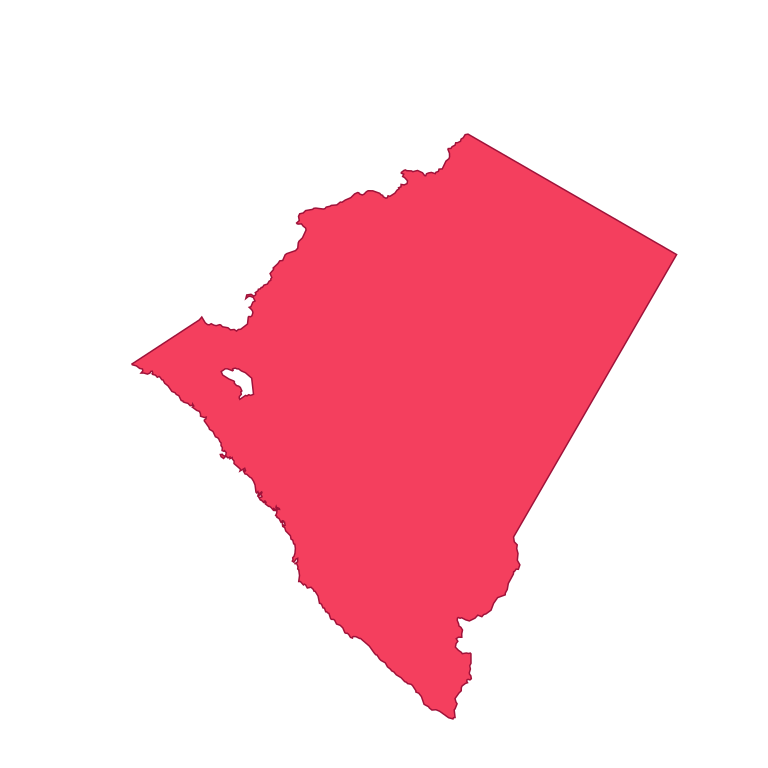 SVG path tracing the border of New South Wales, rotated 120°
{"feature_id": "AUS-2654", "entity_name": "New South Wales", "entity_type": "State", "adm_level": 1, "iso_a3": "AUS", "parent_name": "Australia", "parent_adm1": "", "projection": "mercator", "projection_center": [149.115, -32.83], "detail": "fine", "context": "isolated", "style": "filled", "palette": "rose", "viewbox_px": 768, "rotation_deg": 120, "n_neighbors": 0, "source": "natural_earth", "source_scale": "10m", "svg_char_len": 6160}
<svg xmlns="http://www.w3.org/2000/svg" viewBox="0 0 768 768"><g transform="rotate(120 384 384)"><path d="M637.3,155.7L638.3,157.0L639.6,156.8L640.7,161.2L639.6,172.2L640.1,176.1L642.4,179.5L641.9,182.7L641.2,184.1L641.4,189.1L636.0,195.3L634.4,199.3L634.8,202.4L633.7,203.0L630.9,208.5L630.5,210.4L631.7,213.9L631.1,215.2L631.4,217.3L629.8,222.3L629.7,228.0L628.4,231.5L628.6,234.1L627.8,235.6L627.2,239.6L624.8,243.5L624.9,248.4L624.3,250.6L622.2,254.5L622.6,255.8L622.0,257.6L618.3,265.7L616.1,277.1L616.6,277.9L616.8,281.9L618.0,284.2L618.8,284.7L619.8,284.3L620.2,286.3L618.5,289.4L618.2,291.2L618.9,292.2L619.0,293.5L615.8,297.7L614.9,301.3L615.6,305.1L613.2,308.7L613.1,309.9L614.1,311.9L613.9,312.9L610.2,317.0L610.4,318.5L609.9,319.7L610.4,320.6L607.9,323.5L608.4,324.9L606.1,327.8L605.8,329.4L606.2,330.2L600.6,335.1L598.0,339.9L598.4,341.2L597.3,342.4L596.5,345.6L599.0,348.4L597.2,351.4L597.2,352.9L598.3,353.3L596.9,357.6L597.7,359.1L592.1,361.4L587.7,364.8L587.3,366.3L585.3,367.1L583.5,369.4L583.3,370.2L584.6,371.5L581.2,369.9L578.1,371.6L579.4,372.6L583.4,372.9L583.2,374.9L581.8,374.9L580.1,376.2L578.1,375.8L575.0,376.5L570.6,378.6L567.4,381.1L567.6,382.3L564.9,384.9L564.8,387.0L562.2,389.2L560.4,395.6L558.0,398.2L558.0,400.5L555.8,402.2L556.9,399.8L555.9,399.0L553.3,401.1L554.0,402.3L552.9,402.6L553.2,403.6L554.2,404.0L555.0,402.9L555.4,403.9L553.0,407.6L553.0,410.1L552.2,410.5L552.1,412.1L549.6,412.3L546.3,413.8L545.6,413.7L544.8,411.8L544.2,412.4L544.3,414.3L545.1,414.8L544.0,416.1L544.9,415.9L546.3,414.3L547.0,414.2L547.4,414.6L546.8,418.0L548.1,415.2L548.7,416.5L547.4,420.2L547.2,421.8L547.7,422.8L547.2,426.7L545.6,426.9L544.8,428.2L545.2,429.1L545.8,429.2L546.5,428.2L546.8,428.9L545.9,432.2L546.3,433.0L544.9,435.5L543.0,433.3L542.2,433.5L541.5,435.4L539.1,435.4L538.6,436.0L540.6,436.9L541.3,436.2L544.2,436.5L544.2,437.3L541.5,438.0L540.3,439.4L542.0,439.7L541.7,440.8L535.9,445.2L533.5,448.3L531.7,451.7L531.8,453.3L530.8,457.6L531.4,459.4L529.6,462.3L528.8,462.1L529.0,460.7L528.2,460.6L526.6,462.5L531.3,465.2L530.0,465.4L529.4,466.4L527.9,474.1L525.7,475.3L524.7,477.9L523.6,478.7L525.7,480.1L524.3,480.9L526.0,482.2L525.6,484.3L526.4,485.2L528.7,485.7L528.4,488.8L526.9,490.5L525.7,488.9L526.3,487.5L526.0,485.7L525.2,485.3L522.3,486.3L521.5,488.8L522.3,489.0L522.6,491.0L519.9,492.2L518.9,494.3L516.5,495.6L515.9,497.4L514.3,499.5L513.7,501.2L514.0,503.6L510.6,508.4L510.5,512.5L509.1,514.0L505.8,521.2L505.0,521.6L503.3,520.8L501.6,521.4L502.8,522.7L503.6,526.8L501.6,528.0L500.0,530.1L500.5,533.0L499.9,538.4L498.2,537.7L497.2,539.5L498.0,539.1L499.7,541.0L498.8,544.0L499.8,548.0L499.8,549.1L499.3,549.5L499.7,551.4L496.7,555.8L496.9,558.7L496.0,560.6L496.5,564.0L493.6,570.1L493.0,574.3L491.0,577.4L491.4,578.6L490.1,581.3L489.9,582.5L491.5,583.7L490.6,586.3L491.4,589.3L491.1,589.8L490.7,589.3L488.8,591.0L489.6,592.2L491.6,592.2L493.7,593.8L494.6,597.4L496.0,599.9L493.2,599.4L491.8,600.7L492.7,603.4L492.1,607.5L493.2,611.6L492.7,612.3L420.9,576.0L417.1,575.3L420.4,569.4L420.8,566.5L420.1,564.9L418.2,563.8L418.1,560.8L417.4,558.5L414.8,556.0L414.5,554.9L415.2,552.5L413.3,547.2L413.9,544.0L411.7,541.0L411.9,538.2L409.6,537.4L408.3,535.5L400.3,532.2L393.9,535.0L393.1,534.8L392.4,533.1L390.9,532.5L387.8,533.2L386.7,534.2L385.9,535.6L385.0,539.1L383.6,537.9L378.6,538.5L376.6,537.2L374.4,540.5L374.9,543.7L376.0,545.2L379.1,546.4L375.5,547.4L372.8,544.0L372.9,540.7L371.3,539.8L370.0,540.0L369.3,541.2L366.1,539.7L364.8,540.2L363.4,538.7L361.7,538.6L361.1,537.6L358.4,537.4L355.7,534.9L352.5,534.9L350.8,533.9L349.5,534.6L347.9,534.4L345.3,537.9L340.2,537.0L339.3,537.2L339.0,538.0L332.7,536.1L329.5,535.9L327.7,533.5L321.5,534.2L319.7,533.4L312.7,527.3L309.5,526.6L304.7,528.8L302.9,529.0L298.2,527.7L289.6,528.5L288.1,529.9L287.7,532.9L286.6,535.5L288.4,538.3L288.7,539.3L288.3,540.2L284.8,539.1L281.5,541.9L278.7,542.1L276.3,539.5L273.0,538.6L268.5,533.2L266.9,532.6L265.7,530.9L262.8,524.0L261.6,522.8L259.7,522.5L257.0,519.6L255.7,519.0L252.5,514.4L248.3,512.8L247.6,511.2L244.2,509.6L239.2,505.9L234.1,504.5L231.4,502.6L231.0,501.4L231.6,500.3L231.2,497.4L229.8,496.3L226.3,495.4L224.6,494.4L222.3,490.3L221.0,483.1L221.6,481.2L221.3,479.5L222.2,478.3L222.2,475.3L220.9,474.2L219.0,474.6L218.5,472.7L213.3,470.0L209.5,469.6L207.3,468.5L206.7,469.5L204.8,467.9L202.6,469.0L201.5,466.1L198.9,464.2L196.3,465.2L194.9,469.5L195.0,471.6L192.4,471.8L192.8,474.4L192.1,474.8L189.0,473.5L187.9,472.5L187.9,471.0L185.7,466.7L185.7,465.2L182.3,461.7L181.8,456.3L183.2,453.0L182.8,452.0L180.7,452.3L179.0,451.0L177.1,448.8L176.2,444.8L174.7,444.9L172.7,443.2L170.4,443.8L168.6,441.1L160.0,441.8L156.3,440.4L154.5,440.8L151.4,442.7L148.9,445.9L148.0,446.1L146.5,443.8L144.4,443.7L141.7,441.9L139.2,442.5L138.3,441.0L135.5,439.1L133.4,439.7L131.1,438.5L127.5,438.4L125.6,436.2L125.6,195.3L451.7,195.3L455.5,192.3L456.7,188.2L460.2,186.8L463.8,183.2L470.0,180.4L472.7,175.9L477.3,175.0L478.3,177.0L481.2,177.3L481.7,177.9L484.0,176.9L494.6,176.6L500.3,174.5L504.4,174.4L506.0,173.6L512.2,178.8L519.2,179.4L526.3,178.2L532.0,180.7L533.9,182.4L536.6,182.9L537.3,187.2L541.3,188.1L546.5,191.6L547.4,195.3L547.6,199.9L548.8,201.0L549.1,203.0L550.1,203.3L552.0,202.5L554.5,199.3L556.0,198.2L556.3,195.7L557.8,193.0L561.5,191.8L564.4,190.0L566.1,193.0L568.5,194.1L569.9,191.4L572.7,191.8L576.2,190.6L577.4,186.4L577.7,182.9L578.4,181.4L575.8,178.2L575.0,175.9L573.9,174.8L574.2,173.8L582.4,169.0L585.2,168.9L587.6,166.7L591.5,165.7L592.5,164.9L593.3,162.9L595.6,161.0L597.3,161.6L597.7,163.5L598.7,164.2L600.0,163.8L600.9,162.3L602.5,163.7L606.4,165.4L608.3,165.2L611.1,163.7L614.3,164.6L620.9,165.2L623.4,162.7L624.4,160.8L629.9,160.0L631.1,160.3L637.3,155.7ZM467.2,503.0L468.5,502.4L469.4,501.2L463.1,498.2L462.8,496.7L460.9,495.8L460.5,493.7L458.1,491.9L445.1,501.5L443.5,509.7L444.0,514.1L443.6,517.6L444.4,518.8L444.6,520.7L446.1,522.3L446.7,522.6L447.6,521.5L448.3,521.8L449.1,527.1L450.2,529.1L454.7,531.2L456.9,528.2L457.2,520.8L456.5,515.5L456.9,514.6L458.1,514.1L459.1,510.9L458.5,508.8L458.8,506.7L461.1,503.6L462.4,504.1L464.3,502.4L467.2,503.0Z" fill="#f43f5e" stroke="#9f1239" stroke-width="1.5"/></g></svg>